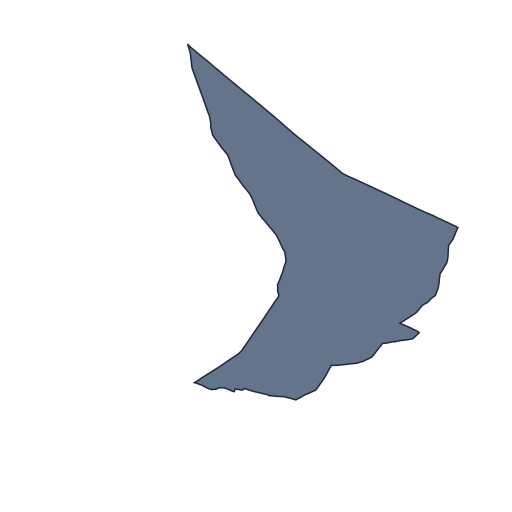 Al-Zubair, Al-Basrah, Iraq (Mercator projection), rotated 125°
{"feature_id": "34846034B69957241231378", "entity_name": "Al-Zubair", "entity_type": "district", "adm_level": 2, "iso_a3": "IRQ", "parent_name": "Iraq", "parent_adm1": "Al-Basrah", "projection": "mercator", "projection_center": [47.115, 29.902], "detail": "fine", "context": "isolated", "style": "filled", "palette": "slate", "viewbox_px": 512, "rotation_deg": 125, "n_neighbors": 0, "source": "geoboundaries", "source_scale": "gbopen_adm2", "svg_char_len": 4071}
<svg xmlns="http://www.w3.org/2000/svg" viewBox="0 0 512 512"><g transform="rotate(125 256 256)"><path d="M359.6,159.4L357.7,156.4L356.3,154.1L355.2,152.5L354.3,150.0L353.0,146.8L352.2,144.3L351.0,140.8L348.5,139.6L346.5,138.5L344.2,137.5L341.7,136.3L339.7,135.1L337.3,133.6L335.5,132.5L333.9,131.5L331.8,130.2L329.1,130.1L326.7,130.0L323.7,130.1L321.2,130.0L318.0,130.1L316.3,130.1L314.6,130.2L312.5,130.5L310.5,130.6L308.7,131.0L308.0,131.0L307.2,131.0L305.2,131.3L303.4,131.3L302.8,131.6L302.2,131.4L301.2,129.8L300.0,128.1L298.7,126.5L297.2,124.7L295.8,123.1L294.3,121.4L292.9,119.8L291.6,118.4L289.8,116.3L288.2,114.4L286.7,112.7L285.5,111.4L283.9,110.3L282.9,109.6L282.1,108.9L280.0,107.3L278.4,106.6L277.0,105.6L275.5,104.7L273.7,104.0L272.8,103.3L271.0,103.2L269.4,102.9L266.8,102.8L264.2,102.7L261.8,102.5L259.5,102.6L257.5,102.3L255.1,102.2L253.3,100.1L251.9,98.6L249.9,96.6L248.2,95.2L246.4,92.9L244.1,90.8L241.8,88.5L240.3,86.6L239.0,85.3L237.4,83.4L235.7,82.1L234.9,81.2L234.6,80.8L233.9,80.1L233.5,80.0L231.4,79.6L229.4,79.1L227.6,78.8L225.9,78.4L225.1,78.5L225.1,80.4L225.4,82.6L225.8,84.9L226.0,86.8L226.8,91.1L227.7,95.8L228.1,97.4L228.5,99.5L228.1,99.3L226.2,98.6L224.2,97.7L219.2,95.7L215.0,94.0L211.4,92.5L209.7,92.1L208.6,92.1L206.0,91.8L205.2,91.8L203.4,91.6L202.1,91.6L201.2,91.5L200.5,91.2L200.0,90.9L199.3,90.7L198.3,90.2L196.9,89.4L195.5,88.9L194.2,88.5L192.9,88.4L190.7,88.2L189.7,87.8L188.6,87.7L187.4,87.1L186.5,86.7L185.6,86.5L184.9,86.5L182.9,87.1L180.8,87.6L178.9,88.1L177.8,88.4L176.6,88.9L175.3,89.5L174.7,89.8L173.8,90.2L171.5,91.5L170.2,92.2L169.4,92.8L167.6,93.6L165.2,94.9L164.3,95.0L162.7,95.1L160.6,95.2L159.6,95.2L158.5,95.4L157.6,95.4L155.4,95.6L154.2,95.7L152.8,95.8L152.0,95.8L151.7,96.0L150.5,96.5L149.4,96.9L148.1,97.5L146.6,98.3L144.8,99.4L142.9,100.6L140.9,101.8L138.6,103.2L137.1,104.2L134.9,104.3L131.5,104.3L129.4,104.3L128.2,104.6L126.8,104.9L124.5,105.3L122.6,105.8L118.8,106.6L117.6,106.8L116.9,106.9L117.1,108.4L117.2,109.6L117.9,113.5L118.7,118.3L119.5,123.2L120.6,128.7L121.3,134.1L122.1,137.8L123.3,143.1L124.1,148.2L125.0,152.3L125.1,153.6L125.6,156.6L126.8,163.4L128.8,175.9L130.1,183.8L130.1,184.4L131.1,189.4L132.2,195.4L133.3,202.1L134.6,209.0L136.4,219.3L137.7,225.6L138.6,231.4L138.7,233.3L138.4,236.3L136.8,255.8L136.5,260.8L135.9,269.8L135.1,280.9L134.5,291.4L134.2,295.2L133.0,306.5L131.6,319.2L130.2,335.9L129.4,345.2L128.8,352.2L128.0,363.1L126.8,377.8L126.2,386.2L125.3,394.3L125.3,397.4L124.5,403.7L124.2,406.8L124.1,409.8L123.1,421.9L122.8,425.4L122.6,428.5L122.2,431.3L121.6,433.6L124.1,430.4L126.8,427.1L128.2,425.6L130.3,423.6L132.1,422.2L135.2,419.3L137.8,417.1L139.1,415.7L140.0,414.3L141.0,413.0L145.8,406.2L147.3,404.1L149.5,400.9L154.1,394.3L158.4,388.2L162.8,382.0L165.7,378.0L167.8,374.8L169.2,373.3L170.8,371.6L172.9,369.5L174.1,368.5L175.9,367.4L177.2,366.2L178.8,364.3L181.8,360.8L183.2,357.3L185.1,351.4L186.8,346.7L188.6,340.5L189.1,338.4L189.6,337.1L192.4,332.8L195.4,328.7L199.8,322.1L201.8,319.0L203.7,312.8L205.6,307.7L207.4,301.0L208.7,296.8L211.1,292.2L217.3,282.6L219.6,278.8L220.7,274.9L221.7,271.7L222.4,268.4L223.4,265.0L224.6,260.7L225.4,257.5L226.3,254.6L227.2,251.4L229.0,248.0L230.5,245.3L233.1,240.8L234.6,238.5L235.3,236.5L236.6,234.3L237.7,233.4L240.3,230.8L241.5,229.6L244.0,228.0L246.3,227.5L249.5,226.6L251.9,225.7L254.7,224.8L256.9,224.3L261.3,223.1L264.5,222.4L267.4,221.8L268.6,220.6L270.1,219.6L271.7,218.7L273.0,217.6L273.7,216.3L275.4,214.5L277.6,214.2L283.5,214.4L288.7,214.2L302.7,213.9L321.7,213.7L333.2,213.5L342.2,213.5L344.3,213.9L345.1,214.0L349.7,215.6L358.6,219.1L366.6,222.0L385.1,229.8L391.8,232.4L392.1,232.5L395.1,233.8L394.3,231.7L393.6,228.7L392.8,226.3L392.7,224.0L391.9,219.0L391.0,216.0L388.1,212.4L385.4,210.8L383.5,208.5L381.8,204.9L380.7,200.0L380.2,197.5L379.6,196.1L376.8,196.8L375.6,194.2L373.9,190.6L373.0,189.9L371.2,189.6L370.7,188.0L368.6,181.0L365.4,173.1L363.9,169.1L363.3,167.8L362.8,166.3L363.0,165.4L362.6,164.8L362.3,164.3L361.5,162.8L360.6,161.3L359.6,159.4Z" fill="#64748b" stroke="#1e293b" stroke-width="1.5"/></g></svg>